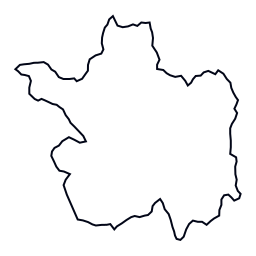 Serra Negra, São Paulo, Brazil
{"feature_id": "56859067B13856300620043", "entity_name": "Serra Negra", "entity_type": "district", "adm_level": 2, "iso_a3": "BRA", "parent_name": "Brazil", "parent_adm1": "São Paulo", "projection": "natural_earth1", "projection_center": [-46.694, -22.584], "detail": "fine", "context": "isolated", "style": "outline", "palette": "ink", "viewbox_px": 256, "rotation_deg": 0, "n_neighbors": 0, "source": "geoboundaries", "source_scale": "gbopen_adm2", "svg_char_len": 2062}
<svg xmlns="http://www.w3.org/2000/svg" viewBox="0 0 256 256"><path d="M95.9,225.5L101.5,224.9L106.7,224.8L110.3,224.1L114.3,229.4L116.9,226.4L121.9,223.3L126.5,220.0L131.2,217.1L134.7,216.0L139.6,217.1L144.7,215.6L148.0,215.0L151.7,211.5L152.6,206.1L155.0,203.0L160.1,199.0L162.8,203.1L164.7,209.2L168.7,214.1L170.7,219.9L172.5,227.0L174.1,231.4L175.0,235.5L176.6,238.9L180.4,239.9L183.7,236.7L186.2,229.4L189.1,224.0L192.9,220.6L197.8,221.8L202.1,221.8L206.6,224.8L210.6,221.1L214.0,218.5L219.2,215.6L219.4,210.0L221.4,204.9L221.4,199.5L224.1,195.3L228.3,194.6L231.3,197.3L234.2,200.6L239.2,198.3L240.6,193.9L237.8,190.9L235.7,185.5L236.7,179.7L235.4,174.3L235.2,166.6L236.6,161.6L236.1,157.3L230.2,153.9L230.8,147.2L230.8,140.6L230.2,133.7L230.2,128.3L231.9,123.9L235.2,118.7L237.1,113.0L234.4,108.7L236.4,104.5L238.0,100.1L235.7,96.9L233.3,92.6L231.3,87.9L230.4,82.7L226.8,79.0L223.4,73.7L218.2,70.3L215.3,74.2L208.3,70.9L203.7,72.4L200.7,75.6L195.7,76.0L192.9,79.3L191.1,82.7L187.8,85.5L185.3,80.9L181.1,75.8L175.2,76.9L170.0,75.2L166.6,73.2L163.3,70.0L157.1,69.0L157.1,64.7L159.5,59.7L156.8,52.5L152.3,45.7L153.0,38.0L152.1,32.2L150.7,28.6L149.6,22.5L145.6,23.0L141.3,22.5L137.3,25.9L133.0,24.4L128.0,26.4L122.7,27.2L117.5,25.6L112.9,16.1L109.2,19.4L107.4,24.6L104.8,27.6L103.1,33.0L102.1,37.5L101.8,43.3L103.4,49.4L101.3,53.6L95.6,55.4L89.7,59.3L88.0,64.9L87.9,70.7L85.7,73.7L82.1,78.8L76.7,81.2L74.2,78.4L69.5,79.0L63.4,79.0L58.8,77.1L55.2,71.7L51.4,69.5L48.0,64.6L43.7,62.1L38.1,62.7L33.9,62.8L29.4,63.8L23.9,64.3L19.9,64.9L15.4,69.2L18.2,71.3L21.3,74.5L24.8,75.0L28.9,76.1L30.9,80.9L29.3,87.6L29.3,93.8L34.7,99.0L38.1,100.6L41.5,98.9L44.8,100.3L49.1,102.3L52.6,104.0L56.7,104.8L59.4,107.0L63.0,109.4L65.7,115.2L68.8,119.2L70.5,122.8L74.4,126.6L83.3,136.0L85.9,141.4L79.8,142.7L74.2,139.7L68.9,137.2L62.3,141.2L58.9,145.6L54.5,147.9L52.0,151.5L51.3,155.9L54.0,161.5L56.3,166.6L59.4,170.7L63.9,171.5L69.9,174.1L65.7,179.7L63.6,185.1L66.8,194.6L77.7,219.5L82.9,220.4L88.1,222.1L92.4,224.4L95.9,225.5Z" fill="none" stroke="#020617" stroke-width="2"/></svg>